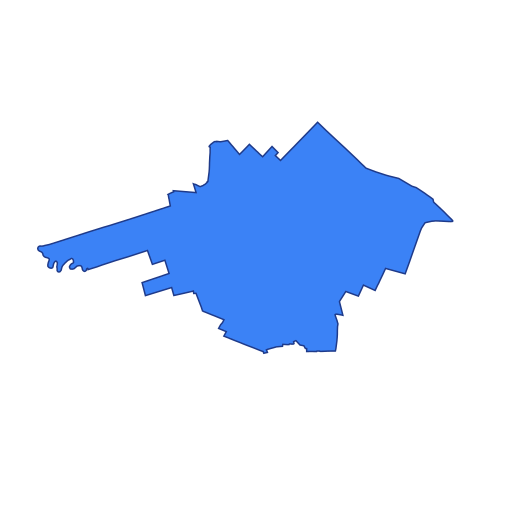 outline of Agris, Satu Mare, Romania, rotated 243°
{"feature_id": "2599482B4791567573322", "entity_name": "Agris", "entity_type": "district", "adm_level": 2, "iso_a3": "ROU", "parent_name": "Romania", "parent_adm1": "Satu Mare", "projection": "mercator", "projection_center": [23.018, 47.884], "detail": "fine", "context": "isolated", "style": "filled", "palette": "blue", "viewbox_px": 512, "rotation_deg": 243, "n_neighbors": 0, "source": "geoboundaries", "source_scale": "gbopen_adm2", "svg_char_len": 5253}
<svg xmlns="http://www.w3.org/2000/svg" viewBox="0 0 512 512"><g transform="rotate(243 256 256)"><path d="M375.9,273.2L375.6,273.0L375.8,272.6L376.5,271.7L376.7,271.0L376.7,270.1L376.5,269.1L376.0,266.4L375.4,264.9L375.2,264.4L375.0,264.1L374.7,263.9L374.3,264.1L373.7,264.6L371.4,263.3L369.0,262.1L365.4,259.9L359.8,256.7L357.9,255.7L354.5,253.8L352.2,252.4L344.2,246.9L344.3,246.6L344.3,246.2L344.1,245.9L343.7,245.8L343.6,245.2L343.3,244.3L343.0,243.2L343.0,241.8L342.9,241.3L342.8,240.8L342.9,240.0L343.0,239.5L343.0,238.9L343.1,238.0L343.5,237.4L344.4,236.7L345.4,235.9L346.2,235.4L347.1,234.7L347.5,234.3L347.9,233.7L348.7,233.0L339.7,231.4L351.7,212.0L350.6,211.8L350.8,208.4L350.8,206.0L350.8,205.5L350.4,205.6L349.4,205.3L347.2,204.6L345.9,204.3L343.7,203.6L339.5,202.4L342.3,184.5L345.1,166.6L347.1,154.4L349.8,138.4L350.8,133.3L353.4,118.0L356.4,99.4L360.1,76.9L361.3,72.4L361.6,70.5L361.9,70.2L362.1,69.5L362.3,69.1L362.5,68.8L362.7,68.6L362.7,68.2L363.1,67.6L363.0,66.5L362.7,65.8L361.9,65.0L360.8,64.7L359.8,64.7L358.4,65.5L357.8,66.0L357.1,66.6L356.1,67.0L355.0,67.1L354.3,66.9L353.5,66.7L352.6,66.8L352.1,66.9L351.5,67.1L350.4,67.8L349.9,68.5L348.7,69.7L347.6,70.4L346.9,70.3L346.0,69.7L344.7,68.2L344.1,67.7L343.4,67.1L342.6,66.5L341.3,65.9L340.3,66.1L339.8,66.3L339.3,66.6L339.0,66.9L338.7,67.2L338.3,67.7L338.0,68.2L338.0,68.7L337.9,69.1L338.0,69.4L338.0,69.6L338.4,70.0L338.8,70.4L339.3,70.8L339.8,71.2L340.5,71.8L341.3,72.5L341.6,73.1L342.0,73.7L342.2,74.2L342.4,74.6L342.3,75.4L342.2,75.5L341.4,75.9L340.1,75.9L339.1,75.3L337.5,74.2L336.9,73.7L336.1,73.4L335.3,73.2L334.3,72.7L333.3,72.2L332.6,72.2L331.9,72.4L331.5,72.8L331.2,73.2L331.1,73.7L331.0,74.2L331.2,74.7L331.5,75.3L331.9,76.1L332.7,76.7L333.4,77.3L333.8,77.7L334.2,78.0L334.6,78.6L335.0,79.1L335.4,79.9L335.7,80.6L336.0,81.6L336.4,82.5L336.6,83.3L336.8,84.0L337.1,84.9L337.3,85.6L337.4,86.3L337.6,87.2L337.5,87.7L337.4,88.2L337.5,88.6L337.5,89.0L337.6,89.4L337.6,89.7L337.6,90.5L337.1,91.0L336.2,91.4L335.0,91.3L334.2,90.9L333.3,90.7L332.9,90.2L332.8,89.6L332.8,88.6L332.8,88.3L332.7,87.6L332.3,86.5L332.0,86.2L331.8,85.9L331.7,85.6L331.5,85.3L331.2,85.0L330.8,84.8L330.4,84.7L329.8,84.7L329.1,84.6L328.5,85.0L328.1,85.7L327.7,86.4L327.5,87.0L327.4,87.7L327.3,88.5L327.7,89.6L327.8,90.4L328.2,91.3L328.2,92.2L327.9,93.5L327.2,95.1L326.3,95.7L325.2,95.8L324.0,95.6L323.2,95.3L322.1,95.2L321.6,95.4L321.1,95.5L320.6,95.8L320.2,96.1L320.1,96.5L320.0,96.9L320.0,97.3L320.1,97.6L320.4,98.6L320.6,98.6L321.3,99.1L321.5,99.8L321.5,100.3L321.3,100.5L320.1,100.3L318.5,109.6L317.9,114.6L315.7,128.8L313.4,141.6L310.2,161.8L295.6,159.9L293.6,172.9L279.9,170.6L284.0,142.4L270.9,139.5L266.2,166.5L258.1,164.9L255.6,174.6L253.2,184.3L250.9,183.5L250.0,185.6L249.7,185.6L245.2,185.1L234.8,184.0L234.5,183.9L231.7,183.5L231.4,183.4L230.4,184.1L230.0,184.4L229.4,185.0L228.6,185.7L223.6,190.0L221.6,191.8L213.8,198.5L213.0,197.5L212.2,196.4L211.5,195.1L210.9,193.4L210.4,192.7L209.7,191.6L208.4,189.8L202.1,195.2L199.2,191.0L189.9,199.1L185.9,202.7L184.1,204.2L180.6,207.3L175.1,212.3L169.7,217.0L168.3,218.3L167.7,219.0L165.8,218.8L164.9,222.4L167.7,222.7L167.6,223.6L167.5,224.4L167.3,225.3L166.9,227.4L166.3,230.2L165.8,232.9L165.2,234.4L164.6,235.9L163.5,238.6L165.1,239.8L162.7,243.9L162.1,245.2L162.4,245.6L162.4,246.1L161.8,247.1L161.1,248.1L160.9,248.7L160.6,249.3L160.6,249.6L160.6,249.9L160.7,250.1L162.6,250.6L162.5,253.1L162.4,253.2L159.5,254.0L156.7,254.8L154.3,257.9L151.2,258.0L150.5,259.1L147.9,257.8L145.7,262.2L143.4,266.6L143.6,266.8L143.6,267.2L142.4,269.5L141.9,269.8L141.1,271.4L138.7,276.7L136.8,280.6L135.3,283.6L137.3,285.2L143.6,289.5L146.5,291.3L149.4,293.0L152.7,294.7L156.1,296.6L158.3,298.2L159.4,298.4L160.1,298.5L161.2,298.8L162.7,299.0L163.6,299.1L164.9,299.3L166.1,299.4L166.2,299.5L167.4,299.7L167.9,299.9L167.9,300.1L167.9,300.5L167.8,301.0L167.6,301.4L166.3,303.2L164.6,305.5L164.1,306.0L163.7,306.5L177.4,309.6L177.9,310.2L183.6,319.9L173.8,329.0L181.3,338.5L171.2,346.5L174.8,351.1L175.8,352.6L178.1,355.5L182.0,360.6L184.3,363.5L185.4,364.9L186.1,365.8L172.4,380.8L181.2,390.2L188.1,397.4L203.6,413.7L205.8,416.3L208.6,421.2L208.8,421.5L208.7,422.5L208.4,423.7L207.1,428.7L206.7,429.5L205.7,432.1L202.3,438.1L200.6,441.0L199.1,443.6L198.4,444.9L197.8,446.2L197.6,446.9L198.2,447.3L199.7,446.9L206.2,444.7L209.5,443.7L213.8,442.2L218.2,440.6L221.3,439.5L221.7,439.3L223.1,438.8L223.7,438.8L226.2,439.5L228.9,438.2L230.6,437.3L232.2,436.4L235.4,434.8L240.9,431.7L244.2,429.8L247.4,426.6L260.3,418.4L266.7,411.0L268.9,408.6L271.6,405.9L275.7,401.8L276.8,400.7L282.2,395.8L284.0,394.2L284.4,393.9L284.5,393.8L285.7,393.4L287.0,393.0L289.7,392.0L292.3,391.1L295.4,390.1L301.1,388.1L307.6,385.8L311.3,384.5L316.1,382.7L336.1,375.4L337.3,375.0L347.2,371.6L342.4,357.7L337.6,343.6L336.1,339.3L335.1,336.2L330.0,321.2L336.7,318.8L338.1,322.6L346.3,320.0L343.2,311.7L341.4,307.0L342.4,306.6L344.1,305.9L345.7,305.3L347.9,304.6L349.4,304.0L352.1,303.1L354.8,302.1L356.5,301.5L358.5,300.8L357.3,297.4L356.2,294.1L355.3,291.5L354.5,289.0L354.0,287.4L355.8,287.0L358.8,286.3L361.7,285.6L364.0,285.1L366.2,284.5L369.0,283.9L371.8,283.2L372.8,279.7L373.9,276.2L374.8,274.8L375.1,274.4L375.9,273.2Z" fill="#3b82f6" stroke="#1e3a8a" stroke-width="1.5"/></g></svg>